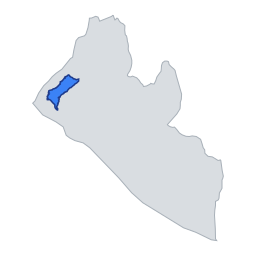 location of Golakonneh, Grand Cape Mount, Liberia
{"feature_id": "62588387B70898832426748", "entity_name": "Golakonneh", "entity_type": "district", "adm_level": 2, "iso_a3": "LBR", "parent_name": "Liberia", "parent_adm1": "Grand Cape Mount", "projection": "natural_earth1", "projection_center": [-10.924, 7.106], "detail": "fine", "context": "in_parent", "style": "filled", "palette": "blue", "viewbox_px": 256, "rotation_deg": 0, "n_neighbors": 0, "source": "geoboundaries", "source_scale": "gbopen_adm2", "svg_char_len": 5441}
<svg xmlns="http://www.w3.org/2000/svg" viewBox="0 0 256 256"><path d="M32.7,103.2L35.1,100.8L38.7,93.0L43.8,85.6L48.5,81.2L52.2,76.7L56.2,73.2L61.9,69.2L70.5,58.5L72.6,57.3L73.9,49.9L76.1,40.5L78.6,37.6L84.5,35.8L85.9,34.2L88.0,27.6L89.3,19.9L89.4,18.2L91.7,18.0L95.7,16.3L98.0,17.1L99.0,19.3L99.6,21.2L111.6,16.4L112.6,15.4L113.3,15.5L114.8,19.9L115.7,19.6L116.4,18.3L117.2,18.2L118.1,18.8L119.1,20.8L120.6,22.6L123.2,23.9L124.9,25.7L124.7,30.3L125.3,34.8L126.5,35.9L127.1,38.5L127.4,41.5L128.0,43.1L128.4,46.0L128.2,49.2L128.7,51.5L130.6,55.4L131.8,60.2L131.8,63.7L131.1,67.3L129.9,70.7L127.6,74.3L127.4,75.7L128.8,76.7L130.8,76.9L132.5,76.1L136.7,77.8L139.0,80.2L140.9,83.1L142.7,84.6L143.5,86.5L146.5,86.0L150.0,84.2L150.8,83.3L151.8,83.8L154.1,84.0L155.7,80.8L156.9,77.0L159.7,73.0L161.0,71.4L161.3,68.9L161.5,65.6L162.5,62.7L164.7,61.1L167.1,61.1L168.5,61.7L169.1,64.5L171.1,66.6L172.8,68.1L173.6,68.7L175.0,70.3L176.4,76.0L181.6,94.1L181.3,99.2L180.3,102.4L180.3,105.6L180.0,108.8L176.8,114.0L167.4,124.6L168.1,125.5L170.4,126.8L172.7,127.4L174.5,127.1L176.9,129.7L179.4,133.0L182.1,134.8L186.0,136.3L189.3,136.5L192.2,135.9L196.3,136.5L200.6,139.3L202.1,143.9L203.2,147.8L204.7,149.8L204.9,153.3L208.0,156.3L212.3,156.9L218.0,160.4L219.5,160.3L220.1,159.8L220.8,160.5L222.2,170.7L223.3,176.1L222.8,178.3L222.0,180.0L222.0,188.3L219.4,193.0L219.0,198.2L218.3,199.9L215.5,201.4L215.5,205.4L214.8,210.2L214.5,215.3L215.3,228.8L215.5,238.8L216.7,240.6L211.3,239.8L195.6,232.2L183.5,227.8L142.9,202.8L131.7,192.8L118.7,177.8L89.8,147.8L83.2,142.9L74.9,140.6L69.8,138.0L66.2,135.3L63.2,126.9L56.0,121.9L42.7,114.9L32.7,103.2Z" fill="#d9dde1" stroke="#a8b0b8" stroke-width="1"/><path d="M57.3,109.9L57.2,109.5L57.3,109.3L57.5,109.3L57.7,109.2L57.8,109.1L57.7,108.8L57.7,108.7L57.5,108.4L57.4,108.2L57.1,107.9L57.0,107.7L56.8,107.6L56.8,107.3L56.7,107.0L56.7,106.7L56.7,106.4L56.9,106.2L57.1,106.1L57.2,105.9L57.3,105.6L57.5,105.3L57.5,105.1L57.8,104.8L57.8,104.6L57.8,104.4L57.9,104.2L58.0,103.8L58.0,103.6L57.9,103.5L58.1,103.4L58.2,103.2L58.1,102.9L58.2,102.5L58.3,102.4L58.5,102.1L58.6,101.9L58.8,101.8L58.9,101.5L58.9,100.8L58.8,100.6L58.7,100.5L58.6,100.4L58.6,100.2L58.8,100.1L59.0,99.8L59.1,99.7L59.1,99.4L59.1,99.2L59.2,98.9L59.1,98.7L59.0,98.4L59.0,98.2L58.9,98.1L58.6,97.9L58.3,97.8L58.3,97.7L58.5,97.5L58.6,97.3L58.8,97.3L59.2,97.2L59.3,97.1L59.5,97.3L59.8,97.3L60.0,97.1L60.2,96.7L60.3,96.3L60.4,96.1L60.5,95.8L60.6,95.7L60.9,95.4L61.1,95.1L61.4,94.8L61.5,94.7L61.8,94.6L62.1,94.3L62.4,94.1L62.5,94.1L62.8,94.0L63.1,93.9L63.3,93.8L63.4,93.7L63.7,93.5L63.9,93.4L64.0,93.2L63.9,92.9L64.1,92.6L64.6,92.4L64.8,92.2L65.1,92.0L65.4,92.0L65.5,92.1L65.9,91.9L66.0,91.7L66.3,91.6L66.5,91.6L66.8,91.6L67.0,91.5L67.1,91.4L67.2,91.1L67.4,90.7L67.7,90.3L67.8,90.1L67.9,89.9L68.0,89.7L68.3,89.5L68.5,89.3L68.6,89.0L68.8,88.8L69.0,88.7L69.4,88.3L69.7,88.0L69.8,87.9L70.0,87.9L70.4,87.7L70.5,87.7L70.9,87.5L71.1,87.5L71.2,87.3L71.5,87.1L72.2,86.5L72.3,86.4L72.9,85.9L73.6,85.3L73.9,85.1L74.3,84.9L74.5,84.5L74.8,84.2L75.1,83.8L75.5,83.7L76.1,83.3L76.6,83.0L77.0,82.7L77.3,82.3L77.5,82.0L77.6,81.9L78.0,81.7L78.3,81.5L78.4,81.4L78.5,81.3L78.6,81.1L78.7,80.8L78.6,80.5L78.6,80.1L78.6,79.8L78.6,79.5L78.7,79.1L78.4,79.1L78.2,79.2L77.9,79.3L77.4,79.4L77.1,79.4L76.9,79.5L76.5,79.7L76.2,79.7L75.7,79.5L75.2,79.2L74.8,78.9L74.6,78.9L74.0,78.9L73.7,78.9L73.3,78.7L73.2,78.4L72.2,77.5L70.8,77.0L69.9,76.4L69.8,75.9L68.8,74.9L68.5,75.0L68.2,75.1L67.7,75.3L67.5,75.5L67.3,75.7L67.2,76.0L66.7,76.2L66.4,76.5L66.1,76.6L65.9,76.6L65.6,76.6L65.3,76.6L65.2,76.9L65.1,77.0L64.9,77.1L64.8,77.4L64.8,77.5L65.1,77.7L65.2,77.9L65.2,78.0L64.9,78.3L64.6,78.2L64.4,78.0L64.2,78.2L63.9,78.7L63.6,79.2L63.3,79.5L63.2,79.7L63.0,79.8L62.9,80.1L62.7,80.2L62.6,80.3L62.5,80.5L62.4,80.7L62.1,80.8L61.9,81.1L61.6,81.1L61.4,81.3L61.1,81.5L60.9,81.6L60.6,81.7L60.4,81.7L60.2,81.9L60.2,82.1L60.4,82.3L60.4,82.5L60.5,82.7L60.3,82.9L60.2,83.2L60.1,83.5L59.9,83.7L59.9,83.9L59.9,84.0L60.1,84.1L60.1,84.3L59.6,84.5L59.4,84.6L59.2,84.8L59.0,85.0L58.8,85.3L58.6,85.6L58.3,85.7L58.2,85.8L58.2,86.0L57.9,86.2L57.8,86.3L57.7,86.4L57.5,86.7L57.2,87.0L56.8,87.1L56.7,87.3L56.5,87.6L56.3,87.7L56.1,87.9L55.8,87.9L55.7,87.9L55.6,88.1L55.3,88.1L54.9,88.4L54.6,88.6L54.3,88.7L54.1,88.8L53.7,88.8L53.4,88.8L53.1,88.9L52.9,89.1L52.5,89.5L52.4,89.7L52.2,89.7L52.0,89.8L51.9,89.9L51.6,89.9L51.3,90.0L51.0,90.1L50.6,90.2L50.3,90.2L50.1,90.2L49.9,90.3L49.4,90.5L49.2,90.6L49.1,90.8L48.8,90.9L48.8,91.1L48.7,91.3L48.7,91.5L48.6,91.8L48.5,92.2L48.5,92.4L48.8,92.3L48.9,92.6L49.0,92.9L49.1,93.0L48.9,93.1L48.8,93.3L48.7,93.3L48.8,93.5L48.7,93.7L48.6,93.8L48.4,94.0L48.3,94.3L48.1,94.6L48.2,94.8L48.3,94.8L48.2,94.9L48.2,95.0L48.2,95.3L48.0,95.5L47.9,95.6L47.7,95.8L47.8,95.9L47.7,96.1L47.6,96.3L47.3,96.3L47.2,96.4L47.3,96.7L47.5,96.7L47.5,96.8L47.5,97.1L47.4,97.3L47.4,97.5L47.5,97.5L47.8,97.9L47.9,98.1L47.7,98.2L47.7,98.3L47.8,98.4L47.8,98.5L48.0,98.8L48.0,99.0L47.9,99.0L47.7,98.9L47.4,98.8L47.2,98.8L47.2,99.0L47.3,99.2L47.4,99.3L47.3,99.6L47.7,99.7L47.9,99.8L48.1,99.8L48.3,99.7L48.6,99.6L48.8,99.5L49.1,99.5L49.3,99.5L49.6,99.7L49.9,99.8L50.1,99.9L50.4,100.1L50.6,100.2L50.8,100.4L51.0,100.8L51.4,101.1L51.7,101.5L51.9,101.7L52.1,102.0L52.3,102.2L52.3,102.3L53.1,103.1L53.5,103.5L53.9,103.9L54.2,104.1L54.5,104.4L54.7,104.5L54.8,105.1L54.9,107.0L55.2,107.9L56.0,108.9L56.5,109.5L56.8,109.7L56.9,109.8L57.0,109.8L57.3,109.9L57.3,109.9Z" fill="#3b82f6" stroke="#1e3a8a" stroke-width="1.5"/></svg>